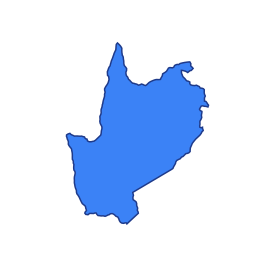 Itabela, Bahia, Brazil, rotated 226°
{"feature_id": "56859067B84732320584275", "entity_name": "Itabela", "entity_type": "district", "adm_level": 2, "iso_a3": "BRA", "parent_name": "Brazil", "parent_adm1": "Bahia", "projection": "robinson", "projection_center": [-39.521, -16.666], "detail": "fine", "context": "isolated", "style": "filled", "palette": "blue", "viewbox_px": 256, "rotation_deg": 226, "n_neighbors": 0, "source": "geoboundaries", "source_scale": "gbopen_adm2", "svg_char_len": 4092}
<svg xmlns="http://www.w3.org/2000/svg" viewBox="0 0 256 256"><g transform="rotate(226 128 128)"><path d="M59.5,76.2L60.7,77.0L62.5,77.6L63.3,78.9L64.2,79.6L65.7,80.1L66.8,80.9L67.7,81.8L69.2,82.5L71.1,82.3L72.8,81.9L74.0,82.7L75.0,83.7L75.8,85.2L77.3,86.0L78.4,86.7L67.9,130.8L67.7,132.2L68.4,133.8L69.0,135.9L69.5,137.5L70.4,138.8L70.8,140.5L70.3,142.3L69.6,144.3L69.9,146.2L69.3,147.8L69.3,149.8L69.4,151.7L68.5,153.1L67.9,154.5L67.9,156.3L68.9,157.3L70.4,159.1L71.5,161.8L72.3,163.6L72.6,165.6L73.0,168.9L72.9,174.8L73.3,177.0L73.9,178.6L73.9,180.3L74.9,180.9L75.9,181.3L76.8,182.1L77.4,180.8L78.6,180.2L79.7,181.0L80.7,182.4L81.8,183.3L82.9,184.4L83.5,186.5L84.3,188.3L86.0,189.5L86.8,190.5L87.7,191.8L88.6,192.7L90.3,192.1L91.9,192.5L92.5,194.5L92.9,195.9L92.0,197.2L90.7,197.9L89.4,199.1L87.6,200.1L88.5,201.8L89.8,201.9L91.4,202.3L93.0,202.5L94.2,201.7L95.4,202.8L96.6,204.0L97.3,205.8L99.2,206.5L100.4,207.3L101.4,208.3L102.6,209.5L103.9,209.5L105.3,208.8L106.5,207.7L108.2,208.1L109.7,207.5L111.2,207.0L112.3,205.3L114.1,203.8L115.7,203.0L117.1,203.3L118.1,204.4L119.5,204.0L120.9,203.1L122.5,203.0L123.6,203.2L124.9,203.2L126.2,203.1L127.6,203.4L128.7,204.0L130.2,204.5L132.4,206.5L131.2,207.5L130.0,208.1L128.9,208.8L127.7,209.2L126.4,209.5L126.3,210.9L126.2,212.3L125.5,213.4L125.5,214.7L125.6,216.2L126.9,216.4L128.3,216.2L129.4,216.5L130.6,217.9L132.6,218.4L133.7,217.1L134.6,215.9L135.9,214.1L137.1,212.2L138.2,210.3L138.4,208.6L139.6,207.5L140.2,206.3L140.6,204.9L140.0,203.3L140.3,201.9L141.2,201.1L142.4,200.1L143.0,198.8L142.6,197.2L142.1,195.3L142.2,193.6L142.6,191.9L142.9,190.5L142.1,189.5L141.5,188.3L141.1,186.6L140.4,185.1L141.4,183.8L142.3,182.9L143.3,181.9L144.2,180.3L145.0,178.4L145.8,176.2L146.1,174.6L146.1,173.0L146.1,171.4L146.4,170.1L147.6,169.4L148.9,169.0L150.3,168.2L150.7,166.8L151.5,165.3L153.4,164.8L154.9,163.8L156.0,163.3L157.1,162.4L158.2,162.3L159.7,162.3L161.2,162.4L162.7,162.2L164.0,162.8L165.2,163.2L166.3,163.1L167.5,163.6L168.8,164.5L169.7,165.4L170.3,166.8L171.7,168.3L173.4,168.6L175.5,168.7L177.2,169.7L178.3,170.7L179.3,171.6L180.7,172.5L181.9,173.5L183.1,174.2L184.3,174.4L185.2,175.1L186.5,176.0L188.1,177.4L189.7,179.0L191.8,179.5L193.2,179.6L194.8,179.6L196.5,179.5L196.3,177.7L195.1,176.2L193.8,174.8L192.7,173.5L192.0,171.6L191.3,169.8L190.6,168.6L190.0,167.3L189.3,166.0L188.6,164.5L187.8,162.6L186.8,161.0L186.1,159.7L185.2,158.4L184.9,156.7L184.3,155.2L183.5,153.7L182.8,152.2L181.3,150.9L180.0,149.8L178.6,149.9L177.2,148.9L176.1,148.1L175.2,146.6L174.4,145.2L173.8,143.5L173.4,141.4L173.0,139.9L172.4,138.3L171.1,137.2L169.7,136.5L168.6,134.6L167.2,133.3L166.2,131.6L165.1,129.6L164.1,128.1L163.1,126.8L162.6,125.7L161.6,124.5L160.8,123.2L160.1,121.7L158.9,120.4L157.7,119.4L156.7,118.0L155.9,115.9L154.6,114.7L153.7,114.0L152.4,112.4L150.8,111.3L149.0,110.7L147.3,110.2L146.1,109.3L145.3,108.3L144.7,107.2L143.9,106.2L142.9,105.1L141.8,103.4L141.8,96.5L142.1,94.5L142.9,93.3L143.8,91.8L145.1,90.5L146.9,89.9L148.5,90.8L149.6,90.1L150.8,90.1L151.8,90.5L153.2,89.6L154.4,89.0L155.3,87.9L156.4,86.9L157.2,86.2L158.4,85.0L159.3,83.9L160.4,83.5L161.4,83.1L162.9,82.5L164.5,82.5L165.4,80.6L165.7,79.0L164.7,77.9L163.4,77.4L162.4,76.7L161.0,76.3L159.4,75.5L158.6,74.6L157.6,73.7L156.2,73.3L154.0,73.0L152.4,72.9L151.3,72.2L150.1,71.4L148.7,70.5L146.9,68.9L145.6,67.6L144.1,66.2L142.7,65.9L141.8,65.3L140.8,64.3L139.3,63.7L137.9,62.1L136.8,61.0L135.3,59.9L133.8,59.7L132.3,58.8L131.1,57.1L130.1,55.5L129.0,54.3L127.6,53.1L126.8,52.3L125.8,51.3L124.2,50.3L122.6,49.2L121.1,48.4L119.8,47.9L118.8,47.4L117.6,46.3L116.1,45.5L114.8,45.4L112.4,44.9L108.7,43.6L107.2,43.1L105.4,42.6L103.6,42.8L102.1,43.0L100.7,42.7L99.9,42.0L98.7,41.5L97.4,40.7L97.4,39.2L96.8,37.8L95.2,37.6L93.4,39.0L93.2,41.1L91.7,42.6L90.5,43.7L89.8,45.2L89.0,46.0L87.5,45.6L85.9,45.6L84.6,46.7L83.4,47.6L82.1,49.1L80.4,50.2L79.8,51.5L79.4,53.0L78.7,54.3L78.5,55.8L77.4,57.2L76.2,57.7L74.8,58.0L73.0,58.0L71.1,58.8L69.4,58.4L67.2,57.4L65.4,57.1L63.9,57.5L62.5,58.6L61.7,60.1L60.8,60.9L59.8,60.6L59.5,76.2Z" fill="#3b82f6" stroke="#1e3a8a" stroke-width="1.5"/></g></svg>